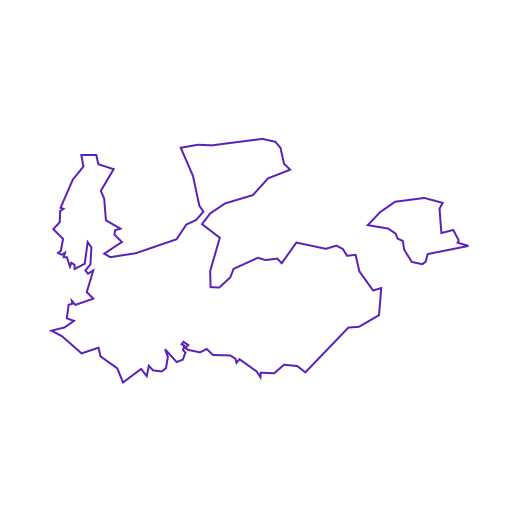 the district of Heroica Ciudad de Huajuapan de León, Oaxaca, Mexico, rotated 83°
{"feature_id": "50627088B27284729610040", "entity_name": "Heroica Ciudad de Huajuapan de León", "entity_type": "district", "adm_level": 2, "iso_a3": "MEX", "parent_name": "Mexico", "parent_adm1": "Oaxaca", "projection": "orthographic", "projection_center": [-97.814, 17.883], "detail": "medium", "context": "isolated", "style": "outline", "palette": "violet", "viewbox_px": 512, "rotation_deg": 83, "n_neighbors": 0, "source": "geoboundaries", "source_scale": "gbopen_adm2", "svg_char_len": 1954}
<svg xmlns="http://www.w3.org/2000/svg" viewBox="0 0 512 512"><g transform="rotate(83 256 256)"><path d="M138.5,300.1L139.4,317.5L168.8,308.8L199.2,306.1L205.6,302.8L213.0,311.1L216.3,321.3L229.7,332.8L238.6,375.0L239.4,400.8L235.2,406.4L225.8,387.4L217.5,393.9L213.3,392.7L212.3,387.3L202.3,400.6L180.5,399.7L172.4,402.1L152.5,386.7L145.7,401.3L136.3,402.2L134.5,417.1L146.2,416.4L157.7,428.4L184.3,444.1L185.7,441.4L187.5,444.9L198.5,446.7L204.7,453.9L215.5,445.4L226.9,449.0L228.9,452.1L231.1,448.6L229.5,445.2L233.7,447.0L234.2,443.9L243.9,441.9L240.2,440.1L242.6,437.2L246.8,437.6L242.8,426.9L221.7,421.4L227.4,418.3L244.2,421.4L249.5,427.1L253.1,424.9L250.5,419.3L271.2,428.4L278.5,422.7L282.5,441.3L278.1,444.2L281.0,444.1L281.6,447.9L294.8,451.4L298.2,444.6L303.6,454.8L305.2,468.1L312.0,458.3L331.4,441.0L327.8,423.5L336.6,422.6L350.6,407.4L365.3,403.4L354.1,383.8L361.9,379.1L351.9,375.7L357.0,372.2L359.1,363.6L356.3,359.0L345.4,355.8L337.5,357.6L351.6,347.7L349.9,341.2L343.1,337.8L340.5,340.0L336.2,338.1L334.6,340.6L332.4,338.4L336.1,334.1L338.7,337.6L340.9,334.8L344.8,323.4L342.3,316.3L349.0,310.7L351.6,293.6L355.5,288.9L359.6,288.4L356.4,285.0L370.7,269.4L376.9,266.4L372.4,265.5L374.6,252.2L367.3,241.4L370.3,228.4L377.5,221.2L338.3,173.0L338.8,162.4L329.7,141.1L303.1,135.6L304.5,144.0L283.8,155.3L267.0,157.0L266.9,165.6L259.6,169.0L255.5,175.0L257.4,185.7L247.6,214.3L266.3,231.4L261.2,235.1L261.2,247.1L258.0,254.3L266.0,279.8L274.0,284.1L282.8,296.2L281.4,304.9L265.3,303.3L233.5,289.7L217.8,305.7L208.1,296.2L200.0,280.2L195.2,251.7L180.4,234.6L174.5,211.6L167.7,217.0L151.7,218.5L145.1,222.8L140.5,235.4L140.8,286.2L138.5,300.1ZM226.0,64.3L218.9,81.9L219.1,111.3L227.6,127.5L239.0,141.3L244.9,121.4L250.9,114.6L256.0,113.3L259.0,108.4L267.7,108.2L280.9,102.1L284.4,91.9L282.2,88.2L275.0,85.4L271.9,43.9L267.3,54.3L265.2,52.9L254.2,57.0L255.8,69.2L231.5,68.1L226.0,64.3Z" fill="none" stroke="#5b21b6" stroke-width="2"/></g></svg>